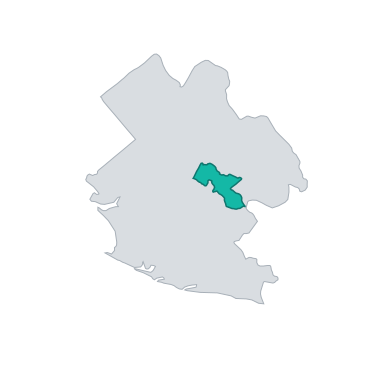 Lolo-Bouenguidi, Ogooué-Lolo, Gabon shown in context, rotated 320°
{"feature_id": "22940354B13456808053161", "entity_name": "Lolo-Bouenguidi", "entity_type": "district", "adm_level": 2, "iso_a3": "GAB", "parent_name": "Gabon", "parent_adm1": "Ogooué-Lolo", "projection": "natural_earth1", "projection_center": [12.301, -1.15], "detail": "fine", "context": "in_parent", "style": "filled", "palette": "teal", "viewbox_px": 384, "rotation_deg": 320, "n_neighbors": 0, "source": "geoboundaries", "source_scale": "gbopen_adm2", "svg_char_len": 6680}
<svg xmlns="http://www.w3.org/2000/svg" viewBox="0 0 384 384"><g transform="rotate(320 192 192)"><path d="M254.3,66.2L254.2,69.2L251.3,76.4L249.9,82.0L249.5,88.0L250.3,92.7L251.7,96.2L252.6,99.9L251.9,102.5L250.5,103.6L251.5,104.9L253.6,105.2L257.2,104.1L262.8,102.1L270.0,99.2L274.8,97.7L282.6,98.6L286.8,99.7L289.0,101.7L291.3,110.3L292.5,111.6L294.4,115.2L296.0,119.6L296.3,121.8L296.1,123.4L294.5,125.8L292.7,129.2L292.1,131.3L290.6,132.9L288.7,134.4L283.4,135.1L282.6,136.0L281.1,139.7L278.4,142.8L277.1,145.8L276.0,149.7L276.2,154.6L275.7,161.6L275.1,166.4L276.5,168.1L282.8,169.2L284.0,170.2L285.7,173.1L287.8,175.9L293.5,177.7L295.8,179.8L297.6,182.1L297.8,184.0L296.5,191.6L295.3,199.0L295.7,204.6L296.2,209.9L296.9,217.7L296.6,222.4L295.0,225.3L295.0,227.6L295.7,230.3L294.3,237.9L293.3,239.2L290.8,240.6L289.4,242.6L289.0,245.8L287.6,250.2L286.2,251.8L286.2,253.8L287.5,255.3L287.5,257.6L285.0,260.3L283.4,262.3L280.0,263.3L276.1,262.3L275.1,260.8L276.1,258.4L275.8,256.5L274.4,254.6L272.3,249.5L270.5,248.4L269.4,250.5L266.2,254.4L260.6,259.3L256.7,259.7L249.4,258.2L243.3,255.8L240.4,250.0L238.6,245.2L236.0,239.7L233.1,237.0L230.0,235.3L228.6,235.2L224.1,238.3L222.8,239.5L222.8,242.1L223.2,244.6L223.9,245.7L224.5,247.3L224.4,249.7L223.6,253.0L223.3,256.5L209.3,260.0L206.9,258.8L205.1,257.2L203.0,257.4L196.9,259.3L194.7,258.0L192.5,257.1L191.5,257.8L191.4,259.4L192.4,267.8L192.1,271.0L190.7,275.2L190.0,278.0L193.7,278.8L195.1,280.1L196.4,282.2L198.2,284.2L198.3,285.4L196.3,287.6L195.6,290.3L196.5,292.4L199.1,294.6L202.7,296.9L204.5,298.4L204.4,299.8L202.7,302.7L202.0,305.2L200.8,307.5L201.1,309.5L202.7,311.4L202.6,313.2L201.4,314.5L199.1,314.2L197.2,314.4L195.5,313.8L190.0,307.2L188.8,307.0L180.9,312.1L178.9,314.2L177.3,317.2L175.1,323.8L171.5,320.0L168.4,313.0L164.8,308.7L157.2,301.8L155.2,296.7L146.5,285.5L133.9,274.3L124.9,264.5L123.5,262.4L125.1,262.6L133.8,267.5L135.0,266.9L136.0,265.9L132.2,263.3L128.6,261.3L125.2,260.1L121.9,260.2L120.0,258.1L118.7,255.0L118.1,252.3L116.6,249.5L111.8,243.7L110.6,241.5L108.0,238.4L109.6,238.0L114.8,241.0L115.2,239.8L114.8,238.1L109.6,235.3L106.8,235.1L106.2,233.2L106.5,230.9L102.8,222.5L99.0,216.2L98.4,213.3L108.7,227.0L110.1,227.2L112.0,227.1L116.2,225.5L115.4,223.7L113.5,221.7L111.6,222.6L109.2,222.8L107.9,222.0L107.3,220.6L109.8,213.9L108.7,214.3L107.9,215.5L106.6,216.0L104.5,216.4L99.4,212.8L94.9,203.2L93.7,201.2L92.5,197.9L91.4,196.5L86.2,182.8L88.2,183.9L90.5,187.8L95.1,187.0L96.9,184.7L98.4,184.8L100.0,184.3L102.1,182.1L107.9,172.7L109.5,160.3L109.0,152.9L108.1,145.6L110.1,143.2L110.8,144.8L111.2,147.4L112.1,149.3L114.2,151.0L118.1,151.5L124.1,154.2L126.2,155.9L126.8,152.5L133.7,149.5L131.7,148.5L125.5,149.6L117.1,145.3L114.3,142.5L111.7,137.2L109.0,134.4L109.1,131.9L115.2,129.6L116.8,129.9L117.4,132.6L119.1,133.7L119.7,133.4L120.0,131.0L120.0,124.8L118.1,115.8L118.7,114.1L120.4,113.4L121.8,112.3L122.9,112.0L124.9,112.3L125.9,114.3L126.5,115.5L128.6,116.0L130.3,117.1L131.7,116.8L132.9,115.5L134.7,115.2L140.2,115.3L145.2,115.3L155.2,115.3L165.2,115.4L175.1,115.4L182.6,115.4L182.6,110.3L182.5,102.4L182.5,93.0L182.5,84.0L182.4,75.8L182.4,65.9L182.8,63.1L183.3,62.0L183.1,60.3L190.8,60.2L204.7,61.0L210.8,60.9L212.6,61.0L220.2,60.5L226.4,61.1L229.0,61.8L231.3,62.2L238.7,62.6L248.4,62.0L251.6,62.2L253.5,63.5L254.3,66.2Z" fill="#d9dde1" stroke="#a8b0b8" stroke-width="1"/><path d="M201.7,182.3L202.0,182.7L202.3,183.3L202.6,183.9L202.9,184.6L203.3,185.3L203.4,186.2L203.4,186.8L203.5,187.4L203.6,187.9L203.8,188.4L203.8,188.9L203.9,189.2L204.2,189.5L204.4,189.8L204.6,190.2L204.7,190.6L204.7,191.1L204.7,191.8L204.8,192.2L205.0,192.5L205.3,192.9L205.6,193.6L205.6,194.0L205.7,194.8L205.8,195.3L206.1,195.7L206.4,196.0L206.7,196.2L207.2,196.2L207.6,196.1L207.9,196.0L208.3,195.8L208.6,195.7L209.0,195.6L209.7,195.4L210.4,194.9L210.8,194.4L211.1,194.0L211.4,193.8L211.6,193.6L212.0,193.6L212.4,193.6L212.9,193.8L213.2,194.0L213.4,194.3L213.4,194.6L213.6,195.1L213.9,195.3L214.1,195.5L214.2,195.8L214.3,196.2L214.0,196.6L213.7,196.8L213.4,197.2L213.2,197.6L213.0,198.1L212.9,198.9L212.9,200.2L213.0,201.1L212.9,201.6L212.6,202.2L212.4,202.9L212.1,203.1L211.8,203.2L211.4,203.3L211.1,203.6L210.7,203.9L210.3,204.1L209.5,204.1L209.0,204.3L208.7,204.5L208.3,204.9L208.2,205.2L208.2,205.7L208.4,205.9L208.8,206.0L209.4,206.2L209.7,206.4L210.1,206.6L210.4,206.8L210.8,206.9L211.1,207.0L211.5,207.2L211.7,207.3L211.7,210.4L211.7,210.8L211.9,211.3L212.1,211.8L212.4,212.5L212.6,213.0L212.7,213.5L212.9,214.1L212.9,214.9L213.0,215.8L213.0,216.8L213.0,217.4L212.8,217.8L212.4,218.2L211.7,218.9L211.3,219.6L211.0,220.4L210.7,221.2L210.5,221.8L210.3,222.5L209.8,223.4L209.1,224.9L209.2,225.2L209.3,225.7L209.6,226.0L209.9,226.4L210.0,226.9L210.6,227.8L211.1,228.7L211.4,229.3L211.7,229.9L212.3,230.7L212.8,231.1L213.1,231.4L213.5,231.9L213.9,232.5L214.2,232.9L215.1,233.7L215.6,234.0L216.2,234.0L216.6,234.2L217.1,234.6L217.6,234.9L218.2,235.3L219.0,235.5L220.2,235.6L221.6,235.8L222.6,236.1L223.2,237.2L223.5,237.0L223.5,236.8L223.5,235.8L223.6,234.8L223.8,233.2L223.9,232.4L224.3,231.0L224.6,230.4L225.2,229.7L225.7,229.2L226.4,228.4L226.7,227.7L227.0,226.5L227.1,225.5L227.0,224.6L226.7,223.7L226.4,223.1L226.1,222.7L225.7,222.1L225.2,221.5L224.9,220.8L224.7,219.9L224.5,218.6L224.3,217.4L224.3,216.7L223.9,216.3L223.5,215.8L223.5,215.1L223.4,214.5L223.7,214.1L224.8,213.9L226.1,213.9L227.9,214.0L230.8,214.2L233.3,214.1L236.7,214.1L237.9,214.1L238.6,213.6L238.6,213.1L238.4,212.3L237.9,211.5L237.1,211.1L236.4,211.1L235.9,210.6L235.5,209.7L235.1,208.6L234.2,206.8L233.6,205.5L233.2,204.6L232.8,203.7L232.6,203.2L232.3,202.8L232.1,202.6L231.6,202.4L231.2,202.4L230.6,202.4L230.4,202.5L230.1,202.6L229.9,202.6L229.4,202.3L229.0,202.0L228.6,201.6L228.3,201.4L227.9,200.7L227.7,200.3L227.6,199.9L227.4,199.4L227.1,198.9L226.8,198.7L226.4,198.5L225.9,198.3L225.5,197.9L225.3,197.4L225.2,196.8L225.0,196.5L224.7,196.2L224.7,195.8L225.0,195.5L225.3,195.3L225.5,194.9L225.5,194.5L225.4,194.0L225.3,193.7L225.1,193.1L225.0,192.7L224.8,192.3L224.8,191.9L224.9,191.4L225.0,190.7L225.2,189.9L225.3,189.5L225.7,189.1L225.9,188.4L225.9,187.8L225.9,187.0L225.8,186.3L225.6,185.6L225.5,184.9L225.2,183.8L225.0,183.3L224.7,182.7L224.6,182.3L224.3,181.8L223.9,181.5L223.6,181.2L223.2,181.1L222.8,181.0L222.5,180.8L222.4,180.7L222.0,180.6L221.8,180.6L221.6,180.8L221.3,180.8L220.9,180.7L220.5,180.4L220.0,179.9L219.6,179.5L219.2,179.1L218.8,178.7L218.6,178.5L218.3,178.5L218.0,178.4L218.1,178.1L218.3,177.8L218.5,177.5L218.5,176.9L218.5,176.6L218.2,176.4L217.8,176.1L217.4,175.9L215.4,176.6L212.5,177.9L208.8,179.2L206.4,180.3L203.1,181.8L201.7,182.3Z" fill="#14b8a6" stroke="#0f766e" stroke-width="1.5"/></g></svg>